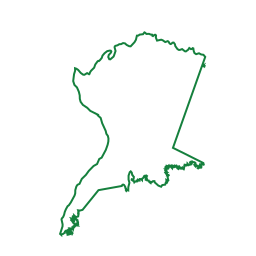 Barrancabermeja, Santander, Colombia, rotated 345°
{"feature_id": "7082276B38592891469597", "entity_name": "Barrancabermeja", "entity_type": "district", "adm_level": 2, "iso_a3": "COL", "parent_name": "Colombia", "parent_adm1": "Santander", "projection": "robinson", "projection_center": [-73.914, 7.026], "detail": "fine", "context": "isolated", "style": "outline", "palette": "green", "viewbox_px": 256, "rotation_deg": 345, "n_neighbors": 0, "source": "geoboundaries", "source_scale": "gbopen_adm2", "svg_char_len": 5845}
<svg xmlns="http://www.w3.org/2000/svg" viewBox="0 0 256 256"><g transform="rotate(345 128 128)"><path d="M211.7,68.0L211.1,67.6L210.1,68.2L209.2,68.1L207.9,66.6L206.3,68.0L203.7,69.0L202.8,68.6L200.7,65.8L198.4,66.0L197.4,65.8L196.2,64.6L194.9,61.1L195.0,59.2L194.2,57.3L193.1,57.1L191.6,57.9L190.8,57.9L190.0,57.0L189.6,55.3L188.9,54.4L186.2,54.6L184.2,52.2L182.9,51.3L178.7,51.1L178.3,47.9L179.0,46.0L178.7,45.1L177.9,44.9L175.9,45.7L175.4,45.2L175.7,44.5L175.4,44.0L174.2,43.7L172.7,42.5L170.1,41.9L169.3,40.5L168.6,39.9L166.8,41.3L163.3,40.8L162.0,41.4L160.5,41.1L158.5,44.8L156.5,46.8L151.7,49.8L150.3,49.3L148.2,47.4L147.0,45.5L145.2,44.7L143.0,45.2L141.3,44.8L139.3,45.4L137.1,45.4L136.3,45.8L135.9,46.7L135.9,50.4L133.3,54.3L132.5,55.3L128.7,57.1L127.7,56.7L127.3,54.3L128.3,52.5L131.1,50.7L131.7,49.7L131.4,48.9L130.5,48.5L127.8,48.4L124.7,49.7L122.1,51.5L120.8,53.5L118.6,55.1L117.2,55.8L116.6,55.5L115.8,55.8L112.8,58.2L110.9,61.0L107.2,63.1L105.7,64.4L104.9,65.7L104.3,66.0L102.7,64.4L99.7,65.3L98.5,64.9L96.6,62.6L94.9,59.0L93.5,57.4L92.3,56.6L91.8,58.9L89.8,62.1L87.2,68.5L87.4,72.5L89.2,75.6L89.9,80.3L89.8,84.0L89.0,87.4L89.0,90.4L90.4,94.0L93.9,98.0L96.0,101.7L102.5,107.5L102.1,108.0L104.2,111.2L104.3,116.7L105.7,125.1L105.6,128.0L106.5,130.4L106.4,133.1L105.5,136.0L104.0,138.9L100.9,143.4L94.9,149.8L92.2,150.5L88.8,154.8L84.9,155.8L79.0,159.3L75.2,162.4L70.2,165.2L66.7,169.4L64.5,169.8L63.0,171.1L61.0,174.4L60.1,177.5L58.9,179.4L53.5,185.1L50.9,187.3L49.4,187.9L47.0,190.4L45.2,192.7L43.8,195.3L42.3,197.2L40.6,198.3L40.1,199.2L39.9,204.1L39.3,206.1L35.0,212.7L35.8,213.9L35.9,213.4L37.5,213.6L39.7,212.8L40.3,211.7L41.5,211.1L42.8,211.3L44.9,210.2L45.2,210.4L44.9,210.9L44.2,211.1L44.6,211.2L44.6,211.6L43.9,211.6L43.5,212.1L43.8,212.1L43.7,213.0L43.0,213.4L42.8,213.2L42.6,213.2L42.8,213.5L42.2,213.7L42.5,213.9L42.2,214.7L42.7,214.6L42.8,214.0L43.6,213.5L44.3,214.5L44.0,214.7L44.8,215.2L44.3,215.5L44.5,215.5L44.3,216.1L44.7,215.5L46.5,215.2L46.6,214.8L46.7,215.7L47.2,215.2L46.8,214.2L46.5,214.0L46.3,214.5L45.5,214.8L44.8,214.3L44.5,213.6L44.7,212.4L45.0,212.9L45.2,212.6L45.3,213.3L45.6,213.6L45.3,212.6L45.0,212.3L45.8,212.5L45.4,211.9L45.8,211.3L45.9,211.7L45.8,211.0L46.2,211.6L46.2,210.5L46.6,210.5L46.7,211.4L46.8,210.9L47.1,211.2L47.5,211.2L46.9,210.4L47.8,210.8L47.8,210.5L48.5,209.9L48.5,210.9L48.8,210.7L48.9,211.3L49.2,210.7L48.9,210.7L48.8,209.8L49.3,210.0L48.9,209.6L49.7,208.9L49.9,209.1L50.2,208.2L50.0,209.2L51.3,208.9L51.1,208.3L51.3,207.8L51.8,207.9L51.7,208.4L52.4,208.0L52.2,208.6L52.9,208.1L53.3,208.7L53.0,208.8L53.9,209.1L53.2,208.0L53.9,208.0L53.8,207.8L54.6,207.0L55.0,207.4L55.1,206.7L56.0,206.8L55.3,206.4L55.3,205.5L53.8,207.2L52.8,207.3L52.6,206.6L52.5,207.3L51.7,207.1L50.9,206.0L51.2,205.4L50.9,205.8L50.7,205.6L50.4,203.5L49.4,202.5L49.5,202.2L49.7,202.8L49.8,202.4L50.4,202.9L49.6,201.6L49.8,201.3L50.1,201.6L49.9,201.0L50.5,201.4L51.0,200.9L51.2,201.2L50.8,201.5L51.2,201.5L51.1,201.8L51.5,201.3L51.1,202.5L51.7,203.3L51.7,201.7L52.3,202.9L52.5,202.7L52.0,201.3L53.3,201.9L54.0,202.7L55.0,205.0L54.9,203.3L53.9,201.7L53.6,201.8L53.4,201.0L53.0,201.3L51.6,200.2L51.6,199.6L52.1,199.4L52.1,199.1L53.3,199.4L53.4,198.6L54.2,199.9L55.0,200.6L57.0,200.5L57.7,198.7L57.2,198.8L57.6,198.5L57.0,198.1L57.7,198.3L57.7,197.5L58.1,197.4L58.2,196.3L57.5,196.0L58.6,196.0L58.5,194.6L60.2,195.3L62.9,195.3L83.4,180.4L107.0,182.4L107.9,181.4L108.7,181.4L109.5,182.1L110.1,184.2L109.9,185.2L110.4,185.9L109.8,187.4L110.1,188.4L111.4,187.7L112.1,188.3L113.0,185.2L115.2,181.3L115.2,178.0L116.2,174.2L118.3,171.1L119.4,170.6L120.1,172.1L119.9,174.4L120.4,175.0L120.5,175.8L121.0,176.7L120.5,178.1L119.9,178.8L119.2,179.0L118.4,178.5L118.1,179.0L119.0,180.1L119.8,179.9L120.0,182.1L120.8,181.6L122.8,181.9L122.8,181.1L123.4,181.1L123.9,180.5L124.6,181.6L125.6,181.8L125.7,180.5L126.0,180.3L127.5,180.8L128.1,181.9L128.5,180.6L129.9,180.1L131.0,178.7L131.4,178.6L131.5,179.6L132.0,180.0L132.4,179.8L132.8,178.6L133.4,178.6L133.9,179.3L132.1,180.8L131.7,182.6L132.1,182.8L133.1,182.1L133.1,183.7L134.4,184.1L134.6,185.7L135.3,186.6L135.5,185.6L136.0,185.8L136.4,186.7L138.4,185.8L139.8,186.2L139.7,187.4L141.3,189.8L142.4,191.5L144.8,193.3L146.3,192.0L149.3,192.3L150.3,190.6L151.2,191.1L152.1,190.1L151.4,189.2L151.6,188.1L152.3,188.9L153.1,188.2L153.1,189.1L153.4,189.0L153.5,186.1L154.0,184.7L155.8,183.9L153.4,183.8L153.7,183.1L153.5,182.6L154.2,181.4L153.8,181.2L152.9,181.8L152.4,180.5L153.3,180.1L154.1,180.4L153.0,178.5L153.3,178.2L154.2,178.8L154.3,178.2L153.6,177.4L155.1,177.5L154.9,176.7L153.9,176.6L154.5,175.9L154.1,175.4L154.7,175.0L155.6,175.3L155.7,174.7L156.4,175.2L157.2,174.9L156.8,176.1L157.0,176.9L158.2,175.6L158.9,175.3L159.8,175.5L159.1,176.2L160.2,178.2L161.1,175.7L161.5,176.0L161.3,177.0L162.0,177.8L162.4,177.8L163.0,176.9L163.2,177.5L163.9,177.8L164.0,176.8L165.1,176.8L165.3,177.3L165.2,179.7L165.7,180.2L166.0,178.7L167.1,179.1L167.2,177.4L167.7,178.9L167.5,180.5L168.0,180.7L168.0,179.7L168.5,179.9L168.1,181.3L168.9,180.3L169.3,180.6L169.9,180.4L169.7,181.2L170.3,181.3L171.2,182.3L171.5,181.9L171.4,180.9L172.0,180.7L172.6,179.1L173.4,179.2L173.0,178.5L173.2,178.1L175.6,179.2L176.2,177.7L177.1,179.6L177.9,179.3L179.3,179.6L179.9,179.2L179.9,178.8L179.1,178.2L179.0,177.2L179.7,176.9L180.7,178.3L181.4,177.0L182.1,177.8L183.4,178.3L184.1,179.3L184.0,180.2L182.6,180.5L182.7,181.5L183.5,182.9L184.8,182.0L185.5,182.7L185.9,184.0L185.0,184.9L185.3,185.2L185.9,184.9L187.3,182.9L187.4,185.0L188.5,185.2L188.9,184.5L188.4,182.6L189.0,181.8L190.0,181.7L190.3,182.5L191.1,183.0L191.7,182.9L191.7,181.3L166.3,158.8L215.2,87.7L216.5,87.4L217.0,88.0L217.6,87.8L217.8,88.2L218.0,87.9L216.8,87.3L217.2,86.9L216.4,87.1L216.0,86.6L221.0,79.3L219.8,76.8L217.7,75.9L215.9,74.2L212.9,74.3L211.6,72.8L211.4,70.6L211.7,68.0Z" fill="none" stroke="#15803d" stroke-width="2"/></g></svg>